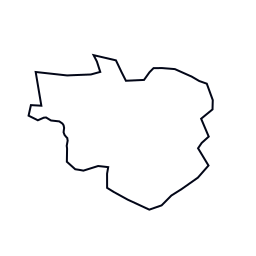 Lubumbashi, Katanga, Democratic Republic of the Congo (Albers equal-area conic projection), rotated 250°
{"feature_id": "63176286B7033307846906", "entity_name": "Lubumbashi", "entity_type": "district", "adm_level": 2, "iso_a3": "COD", "parent_name": "Democratic Republic of the Congo", "parent_adm1": "Katanga", "projection": "albers", "projection_center": [27.484, -11.656], "detail": "fine", "context": "isolated", "style": "outline", "palette": "ink", "viewbox_px": 256, "rotation_deg": 250, "n_neighbors": 0, "source": "geoboundaries", "source_scale": "gbopen_adm2", "svg_char_len": 1012}
<svg xmlns="http://www.w3.org/2000/svg" viewBox="0 0 256 256"><g transform="rotate(250 128 128)"><path d="M161.4,58.2L157.7,65.7L154.6,67.9L152.6,68.4L149.9,68.0L148.6,67.3L146.0,66.0L144.6,66.0L143.2,66.0L140.9,66.8L139.3,67.5L138.1,67.2L136.8,67.0L132.2,64.3L130.3,63.9L129.2,63.6L117.2,59.0L107.3,64.3L105.1,68.3L103.2,71.5L102.5,86.9L100.5,91.0L98.0,96.0L92.2,92.7L78.9,87.9L72.8,92.7L60.7,103.3L44.0,120.1L43.8,133.1L48.5,143.1L49.7,145.6L52.3,157.6L57.3,176.1L57.3,176.4L65.2,190.8L71.3,189.6L85.0,186.9L88.8,192.2L92.3,200.9L111.7,199.9L116.6,213.8L120.2,215.2L125.2,217.2L142.7,217.2L147.8,211.0L154.8,205.2L155.3,204.6L167.3,192.2L169.2,188.1L172.8,180.2L173.3,178.7L175.5,172.5L175.4,172.2L173.0,167.2L167.9,159.8L167.7,159.5L173.1,142.2L183.1,141.0L185.4,140.8L195.7,139.8L208.2,120.6L201.1,121.5L190.2,121.1L191.0,111.4L196.8,93.3L198.2,88.8L212.2,60.4L178.6,54.2L182.7,44.6L173.6,38.8L167.4,44.7L166.1,45.9L166.5,52.4L165.9,54.6L161.4,58.2Z" fill="none" stroke="#020617" stroke-width="2"/></g></svg>